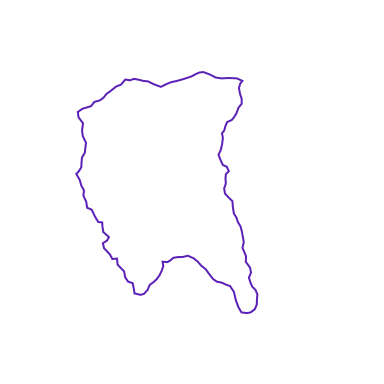 the district of Arapuá, Minas Gerais, Brazil, rotated 144°
{"feature_id": "56859067B22852370679078", "entity_name": "Arapuá", "entity_type": "district", "adm_level": 2, "iso_a3": "BRA", "parent_name": "Brazil", "parent_adm1": "Minas Gerais", "projection": "equal_earth", "projection_center": [-46.116, -19.025], "detail": "fine", "context": "isolated", "style": "outline", "palette": "violet", "viewbox_px": 384, "rotation_deg": 144, "n_neighbors": 0, "source": "geoboundaries", "source_scale": "gbopen_adm2", "svg_char_len": 1987}
<svg xmlns="http://www.w3.org/2000/svg" viewBox="0 0 384 384"><g transform="rotate(144 192 192)"><path d="M298.1,143.7L294.0,139.0L290.7,137.8L285.5,138.9L280.8,141.7L275.9,141.7L272.0,142.2L267.3,143.7L262.6,146.2L258.8,148.9L256.8,152.9L253.1,149.7L249.6,149.4L245.7,149.7L241.6,147.6L237.8,144.9L232.8,142.9L229.6,137.3L228.3,132.2L227.8,126.8L226.3,121.6L226.3,115.4L226.1,109.1L224.5,104.7L221.3,101.3L218.9,97.0L216.5,93.5L216.8,86.5L220.2,78.6L222.1,71.8L222.8,65.6L218.9,61.9L215.6,60.2L210.2,60.2L205.7,62.9L202.8,66.7L199.3,70.7L198.2,75.4L198.9,80.1L197.8,84.8L196.3,89.3L191.7,92.0L189.5,96.7L189.5,103.9L186.0,108.4L184.0,117.1L179.5,121.1L177.6,125.1L175.1,130.2L173.0,135.5L172.5,141.0L171.1,145.1L170.8,149.9L167.9,155.6L164.7,160.8L165.6,166.0L166.2,171.4L163.9,176.0L159.7,178.9L156.8,183.5L154.0,186.6L150.1,187.1L149.0,191.9L151.2,195.8L149.9,202.0L148.6,206.6L144.2,209.0L139.7,212.8L135.3,217.5L133.2,221.9L129.8,222.8L126.2,225.7L122.6,227.9L117.4,226.9L113.8,227.9L109.7,229.6L104.8,232.9L99.9,234.2L97.0,238.3L95.4,243.4L92.9,248.5L89.4,251.3L85.9,252.3L88.9,257.5L92.2,260.2L96.1,263.2L101.4,266.6L105.5,270.6L108.5,276.6L112.3,282.3L115.7,284.3L119.2,285.1L124.4,285.8L129.9,287.5L134.2,289.0L139.1,290.8L144.0,293.0L148.6,294.2L155.4,295.4L159.3,301.2L162.6,307.4L166.2,310.6L168.8,313.8L172.4,317.6L176.5,318.8L179.9,322.2L186.2,320.6L191.4,321.9L198.5,321.6L203.6,321.6L208.3,320.3L212.8,320.3L218.0,322.3L223.2,320.8L227.3,322.2L232.0,323.8L237.4,323.8L239.9,319.1L239.8,311.6L244.8,306.4L247.5,301.4L248.8,294.2L255.7,286.7L260.7,284.6L264.2,280.6L267.0,277.1L271.4,275.3L275.0,274.6L275.7,267.9L277.9,261.8L278.4,256.9L282.0,252.9L283.3,246.3L286.1,240.9L283.5,236.6L284.9,229.4L285.5,222.8L282.5,220.2L284.9,216.5L287.3,211.7L285.7,204.4L289.3,202.6L294.2,203.0L296.2,198.2L295.1,189.8L295.8,184.6L291.8,182.2L294.9,177.0L293.6,167.8L296.2,162.1L296.4,157.1L293.6,153.2L295.8,148.2L298.1,143.7Z" fill="none" stroke="#5b21b6" stroke-width="2"/></g></svg>